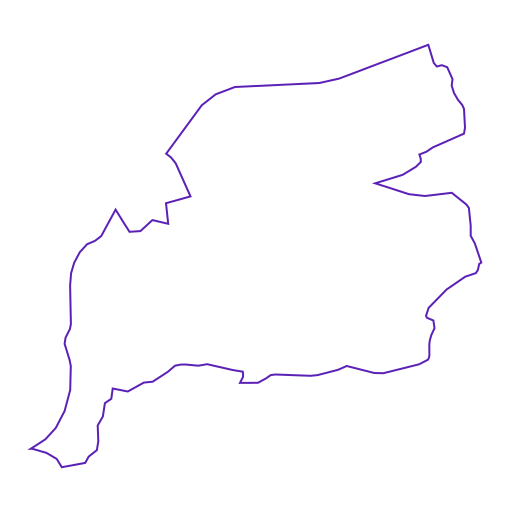 Ventspils, Robinson projection
{"feature_id": "LVA-934", "entity_name": "Ventspils", "entity_type": "Municipality", "adm_level": 1, "iso_a3": "LVA", "parent_name": "Latvia", "parent_adm1": "", "projection": "robinson", "projection_center": [21.854, 57.3], "detail": "fine", "context": "isolated", "style": "outline", "palette": "violet", "viewbox_px": 512, "rotation_deg": 0, "n_neighbors": 0, "source": "natural_earth", "source_scale": "10m", "svg_char_len": 1539}
<svg xmlns="http://www.w3.org/2000/svg" viewBox="0 0 512 512"><path d="M30.7,448.8L45.4,439.3L55.8,427.9L64.6,411.0L70.2,390.0L70.8,366.0L69.5,359.7L64.6,343.8L65.6,337.5L69.9,329.1L70.9,324.0L70.1,285.5L71.1,273.2L74.2,262.7L79.8,252.2L87.1,244.2L94.9,240.9L101.2,236.1L115.6,209.6L123.0,221.6L129.5,231.8L140.4,231.1L152.4,220.1L168.2,223.8L166.0,203.2L190.5,196.4L175.7,163.3L171.2,157.6L166.2,153.7L201.8,105.2L215.7,94.3L234.9,87.0L319.2,83.0L339.1,78.6L428.3,44.8L433.8,63.0L436.8,66.5L441.8,65.2L447.2,67.2L452.5,79.1L451.7,85.7L454.0,93.0L458.0,99.9L462.3,105.1L464.0,108.9L465.0,127.7L464.0,133.6L432.8,147.4L426.3,151.8L419.4,154.5L420.7,158.5L420.8,162.0L415.9,166.8L402.7,174.8L375.2,183.3L409.0,194.2L425.0,196.0L451.8,192.8L458.5,198.2L466.4,204.5L468.9,208.0L470.7,225.8L470.7,235.8L474.8,243.3L481.3,262.6L479.2,264.0L477.9,269.9L475.9,273.1L465.2,276.7L446.6,289.5L428.7,307.8L426.0,315.8L427.0,317.8L433.4,320.5L434.5,328.2L431.3,335.1L429.9,340.1L429.5,342.6L429.3,345.2L429.4,355.2L429.0,357.5L428.1,359.6L419.1,364.3L383.4,373.2L374.3,373.0L346.7,366.0L338.1,369.8L317.6,375.1L310.6,375.8L275.4,374.5L270.7,375.1L266.2,378.3L257.9,382.8L240.0,382.9L243.0,376.9L243.1,374.2L242.8,371.7L232.6,370.0L207.2,364.2L198.3,365.7L185.4,364.5L180.7,364.6L175.0,365.7L168.0,371.7L152.7,381.7L143.8,382.6L127.8,391.5L112.7,388.5L111.3,398.8L104.9,403.1L102.9,416.4L97.7,425.5L98.3,441.2L96.9,450.1L88.7,456.6L85.2,462.9L61.8,467.2L56.7,458.9L46.5,452.9L32.4,448.8L30.7,448.8Z" fill="none" stroke="#5b21b6" stroke-width="2"/></svg>